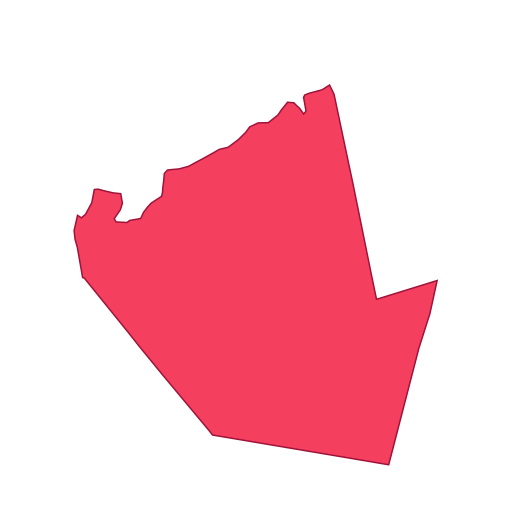 Bababe, Brakna, Mauritania (Mercator projection), rotated 105°
{"feature_id": "47542326B74593484893275", "entity_name": "Bababe", "entity_type": "district", "adm_level": 2, "iso_a3": "MRT", "parent_name": "Mauritania", "parent_adm1": "Brakna", "projection": "mercator", "projection_center": [-14.01, 16.466], "detail": "fine", "context": "isolated", "style": "filled", "palette": "rose", "viewbox_px": 512, "rotation_deg": 105, "n_neighbors": 0, "source": "geoboundaries", "source_scale": "gbopen_adm2", "svg_char_len": 998}
<svg xmlns="http://www.w3.org/2000/svg" viewBox="0 0 512 512"><g transform="rotate(105 256 256)"><path d="M232.8,74.7L266.6,128.4L243.8,139.9L161.2,181.0L129.2,197.3L79.7,222.4L71.8,229.2L78.5,235.4L85.1,246.9L87.9,250.6L90.4,251.1L103.1,245.2L106.5,246.7L102.2,251.9L100.1,255.9L98.2,259.1L99.3,265.3L108.6,269.4L114.1,271.3L124.0,278.6L126.9,288.4L132.9,295.5L139.1,297.9L148.2,303.2L158.3,311.2L162.4,318.9L172.8,329.5L180.8,338.0L186.8,344.3L191.8,352.9L194.4,360.0L195.9,363.8L200.1,365.9L208.1,364.5L213.5,363.8L218.8,362.8L222.7,362.6L232.0,370.9L236.8,373.4L242.8,375.9L249.6,377.1L254.4,387.3L257.0,389.2L259.3,399.9L256.7,402.6L246.6,399.0L239.6,398.7L230.8,402.8L232.0,410.3L232.3,419.7L232.3,425.8L233.6,429.4L247.0,428.4L260.0,431.5L264.3,434.6L262.9,438.9L278.5,438.3L286.7,435.1L293.9,430.8L321.7,417.9L321.8,416.1L363.2,359.2L373.1,345.9L394.9,315.6L436.6,256.4L440.2,251.6L423.3,73.8L302.7,74.8L266.6,73.1L232.8,74.7Z" fill="#f43f5e" stroke="#9f1239" stroke-width="1.5"/></g></svg>